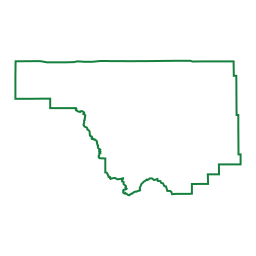 outline of Park, Wyoming, United States of America
{"feature_id": "52423323B43974987892868", "entity_name": "Park", "entity_type": "district", "adm_level": 2, "iso_a3": "USA", "parent_name": "United States of America", "parent_adm1": "Wyoming", "projection": "robinson", "projection_center": [-110.026, 44.405], "detail": "fine", "context": "isolated", "style": "outline", "palette": "green", "viewbox_px": 256, "rotation_deg": 0, "n_neighbors": 0, "source": "geoboundaries", "source_scale": "gbopen_adm2", "svg_char_len": 3901}
<svg xmlns="http://www.w3.org/2000/svg" viewBox="0 0 256 256"><path d="M16.5,61.3L15.6,61.3L15.5,68.6L15.5,68.8L15.4,76.3L15.4,89.4L15.4,92.1L15.4,98.8L20.3,98.8L23.2,98.8L30.3,98.8L40.2,98.7L50.2,98.7L50.2,102.3L50.2,108.1L62.2,108.1L76.0,108.1L76.4,108.7L76.3,109.7L75.9,109.9L76.0,110.3L76.5,110.5L76.9,110.7L77.3,110.9L77.8,111.4L78.5,111.5L79.2,111.7L79.7,111.9L80.0,111.9L80.1,112.0L80.3,111.9L80.3,111.6L80.5,111.3L80.9,111.3L81.4,111.2L81.7,111.1L82.2,111.2L82.9,111.6L83.6,112.0L84.1,112.6L84.2,112.9L83.9,113.1L83.6,113.4L83.5,113.6L83.4,113.8L83.3,114.0L83.5,114.2L84.0,114.1L84.3,114.3L84.8,114.7L85.2,115.2L85.3,115.7L85.1,116.0L85.1,116.4L85.0,116.8L85.1,117.3L85.1,117.6L84.8,117.9L84.6,118.4L84.6,118.7L84.7,119.4L84.8,119.7L84.7,120.0L84.4,120.5L84.3,120.4L84.1,120.5L84.1,121.0L84.1,121.3L84.1,121.8L84.2,122.5L84.1,123.0L83.8,123.8L83.8,124.4L83.6,124.6L83.5,125.0L83.8,125.5L84.1,125.7L84.3,126.2L84.6,126.6L84.9,126.8L85.2,127.0L85.6,127.1L85.9,127.1L86.2,127.3L86.6,127.4L86.9,127.7L87.2,128.1L87.3,128.5L87.3,129.0L87.3,129.3L87.5,129.7L87.9,129.8L88.4,130.1L88.6,130.3L89.1,130.7L89.4,131.1L89.6,131.6L89.6,132.0L89.7,132.6L89.7,133.0L89.8,133.6L89.8,134.0L90.0,134.6L89.8,135.0L89.9,135.5L90.2,135.9L90.7,136.2L91.4,136.4L91.8,136.6L91.9,136.9L92.0,137.0L91.9,137.1L92.0,137.2L92.1,137.4L92.1,137.5L92.0,137.4L92.0,137.5L91.9,137.6L91.7,137.7L91.7,137.8L91.8,138.0L91.7,138.0L91.6,138.5L91.8,138.9L92.3,139.0L93.3,138.9L93.6,139.2L93.6,139.4L94.0,139.5L94.5,139.3L94.6,139.6L95.0,140.0L95.8,140.2L96.7,141.0L97.1,142.2L96.8,142.9L97.2,143.7L97.3,144.4L97.5,145.1L98.1,145.4L98.1,145.9L97.9,147.0L98.2,148.0L98.7,148.7L99.4,149.2L99.6,149.1L99.9,149.4L100.1,149.6L99.6,149.9L99.3,150.0L99.2,150.7L99.7,151.0L100.2,151.3L99.7,151.7L99.2,151.9L99.3,152.4L99.8,152.8L100.2,152.6L100.4,153.0L99.7,153.3L99.3,153.6L99.3,154.0L99.4,154.7L99.3,155.1L98.8,155.4L98.8,155.9L98.7,156.3L98.9,156.5L98.8,157.0L98.8,157.3L99.0,157.4L99.2,157.9L99.5,158.2L105.3,158.5L105.3,160.8L105.3,170.9L105.3,172.4L105.8,172.4L107.1,173.0L107.2,173.5L107.4,174.0L107.6,174.3L107.8,174.6L108.0,174.9L108.0,175.2L108.2,175.4L108.4,175.6L108.4,175.9L108.5,176.4L108.5,176.9L108.7,177.0L109.1,176.9L109.5,177.0L110.0,177.1L110.1,177.4L110.0,177.8L110.0,178.1L110.0,178.3L110.5,178.9L111.9,178.4L114.9,177.9L117.5,179.3L120.9,178.9L121.9,178.5L123.0,178.3L122.9,179.2L122.1,180.2L122.1,181.4L122.8,181.6L123.6,182.0L123.7,182.8L123.5,183.8L124.0,184.5L125.4,185.6L125.9,186.0L125.9,187.1L125.5,187.3L125.4,187.8L125.7,188.2L126.5,188.4L126.7,188.6L126.6,188.9L126.2,189.2L125.4,189.5L124.7,189.6L123.9,189.7L123.3,190.2L123.1,190.9L123.5,191.5L123.2,192.1L123.5,193.0L124.4,193.5L125.2,193.2L125.4,193.0L125.7,193.3L125.8,193.6L126.1,193.9L126.5,193.9L127.0,194.2L127.7,194.7L128.5,195.1L128.9,195.2L129.4,195.2L129.6,195.0L129.9,194.6L130.6,194.2L131.3,193.8L131.4,193.6L131.8,193.6L132.0,193.7L132.6,193.3L133.2,192.7L134.3,192.0L135.3,191.6L136.3,191.7L137.4,191.2L138.5,190.7L139.6,190.7L140.2,190.1L139.9,189.0L139.8,187.8L140.4,186.7L141.3,184.2L144.0,181.5L145.4,180.7L146.8,179.6L147.2,180.1L148.5,179.5L149.8,178.4L152.0,178.4L154.1,180.1L157.4,179.0L157.7,180.9L160.4,181.1L161.2,182.9L163.0,183.4L164.4,186.2L166.0,186.4L167.3,190.9L170.1,191.0L171.3,191.9L172.1,194.2L175.7,193.9L188.3,193.9L191.9,193.7L191.9,184.0L208.1,183.9L207.8,174.3L219.0,174.3L218.9,164.4L240.6,164.4L240.6,154.4L238.5,154.4L238.3,125.3L238.3,115.0L236.6,115.0L236.5,107.0L236.4,88.5L236.3,75.8L233.8,75.8L233.6,61.4L228.1,61.4L204.2,61.4L194.1,61.5L192.3,61.5L190.4,60.8L176.1,60.8L175.6,60.8L166.0,60.9L165.1,60.9L148.3,61.1L140.3,61.1L132.5,61.2L128.2,61.2L121.3,61.1L110.6,61.1L110.0,61.1L107.8,61.0L100.3,61.0L92.3,61.8L84.4,61.8L81.1,61.5L79.5,61.5L77.6,61.3L74.0,62.1L66.4,62.3L61.1,62.3L60.6,62.3L46.9,62.3L42.9,61.6L41.9,61.4L39.8,61.1L16.6,61.3L16.5,61.3Z" fill="none" stroke="#15803d" stroke-width="2"/></svg>